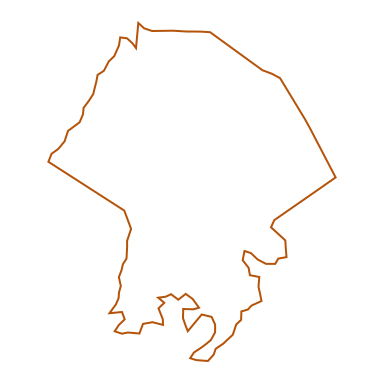 the district of Martins, Rio Grande do Norte, Brazil
{"feature_id": "56859067B36328253412822", "entity_name": "Martins", "entity_type": "district", "adm_level": 2, "iso_a3": "BRA", "parent_name": "Brazil", "parent_adm1": "Rio Grande do Norte", "projection": "orthographic", "projection_center": [-37.912, -6.09], "detail": "fine", "context": "isolated", "style": "outline", "palette": "amber", "viewbox_px": 384, "rotation_deg": 0, "n_neighbors": 0, "source": "geoboundaries", "source_scale": "gbopen_adm2", "svg_char_len": 1436}
<svg xmlns="http://www.w3.org/2000/svg" viewBox="0 0 384 384"><path d="M223.3,343.6L232.8,334.7L236.2,324.5L241.1,319.9L241.4,311.4L247.8,309.6L251.5,305.6L261.5,301.0L259.9,293.0L258.5,286.8L259.3,277.0L249.9,275.2L248.6,267.8L242.7,260.2L244.5,251.0L250.9,253.1L257.8,259.6L266.1,263.9L275.2,263.9L278.3,258.6L286.5,257.1L285.9,249.8L285.3,240.4L271.0,227.3L274.3,220.1L318.5,189.4L335.6,177.4L309.9,128.1L304.8,118.9L280.1,78.2L272.2,73.9L262.4,70.2L210.1,32.2L200.6,31.6L186.3,31.5L173.1,30.7L152.1,31.0L144.1,28.3L138.3,23.0L136.0,48.1L132.4,43.2L127.0,38.3L120.2,37.4L119.0,45.4L114.3,56.1L108.8,61.4L103.9,70.8L97.6,74.9L96.3,81.8L94.8,87.6L93.3,93.9L89.3,100.2L83.6,107.9L83.0,114.3L79.6,122.3L68.0,130.9L64.6,141.3L58.3,148.9L51.5,153.8L48.4,161.8L124.3,210.6L131.1,228.9L127.1,240.8L127.1,247.4L126.5,258.6L122.9,264.2L121.6,270.0L118.9,277.1L120.8,286.0L119.0,292.4L118.6,298.2L115.9,304.4L109.5,313.2L122.0,312.0L124.7,319.4L118.9,324.9L114.7,331.3L122.0,333.7L127.8,332.5L139.4,333.5L143.0,323.9L152.5,322.2L163.0,324.9L162.8,319.3L158.5,308.3L164.3,302.8L158.2,297.7L165.8,296.7L171.0,294.2L178.3,299.7L185.7,293.9L192.6,298.9L199.0,307.7L193.5,309.3L183.2,309.0L183.0,318.2L185.6,325.7L187.8,331.2L201.7,314.5L211.6,316.9L215.1,324.5L215.1,332.3L211.0,339.9L206.6,343.6L201.5,347.5L193.9,352.5L190.2,358.2L196.3,360.1L207.9,361.0L213.7,354.6L215.7,348.8L223.3,343.6Z" fill="none" stroke="#b45309" stroke-width="2"/></svg>